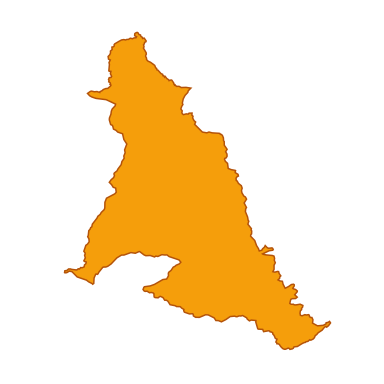 outline of Huamalies, Huánuco, Peru, rotated 267°
{"feature_id": "86281439B96398327811884", "entity_name": "Huamalies", "entity_type": "district", "adm_level": 2, "iso_a3": "PER", "parent_name": "Peru", "parent_adm1": "Huánuco", "projection": "robinson", "projection_center": [-76.611, -9.407], "detail": "fine", "context": "isolated", "style": "filled", "palette": "amber", "viewbox_px": 384, "rotation_deg": 267, "n_neighbors": 0, "source": "geoboundaries", "source_scale": "gbopen_adm2", "svg_char_len": 5947}
<svg xmlns="http://www.w3.org/2000/svg" viewBox="0 0 384 384"><g transform="rotate(267 192 192)"><path d="M63.4,302.1L63.2,299.6L63.6,298.3L62.6,295.4L63.2,293.8L65.3,293.5L67.6,294.0L68.8,295.3L70.1,295.3L71.2,296.4L72.9,296.8L74.3,294.1L73.8,289.7L74.0,288.1L74.6,287.4L74.7,285.1L75.6,283.8L79.6,285.0L80.2,286.5L80.2,289.9L81.5,291.6L84.0,289.2L86.8,291.8L87.6,292.0L89.2,290.4L90.1,288.0L90.6,287.6L92.9,289.2L94.1,289.2L94.6,288.6L94.4,286.4L92.6,283.6L91.0,280.0L95.2,278.1L98.1,277.6L98.6,275.1L99.7,273.3L101.2,275.0L102.6,275.2L103.6,276.3L105.9,274.8L108.0,274.3L108.2,273.1L107.6,270.6L108.2,268.6L110.5,269.9L114.6,270.1L117.0,271.5L119.5,270.6L121.4,271.0L123.7,270.5L124.4,268.9L125.3,262.7L126.0,259.9L126.5,259.2L129.3,266.0L129.6,269.4L130.1,270.1L131.4,269.7L132.0,269.0L131.8,265.4L132.6,264.1L134.7,262.3L133.1,261.4L131.6,259.5L130.2,258.6L129.6,256.1L132.0,255.4L135.0,253.7L140.3,252.1L144.8,248.2L146.3,248.5L147.0,249.3L150.0,249.6L150.9,249.0L152.3,249.4L156.9,246.1L159.9,247.2L160.7,246.6L164.1,246.2L169.6,244.3L172.6,244.8L173.6,245.6L178.3,243.5L182.0,246.1L184.2,245.1L185.3,243.5L188.6,241.8L190.9,241.5L193.2,242.3L195.7,241.6L198.2,238.8L200.6,237.7L201.2,236.8L203.5,236.7L205.0,237.9L205.5,239.2L207.2,238.9L209.1,236.2L210.1,236.2L210.9,236.7L211.3,236.4L212.3,232.3L213.6,229.4L218.7,229.0L220.9,226.9L222.9,226.2L223.8,226.4L224.3,227.9L225.9,228.9L228.1,228.9L230.4,227.7L232.8,229.3L237.0,226.7L240.7,226.8L241.6,226.2L244.4,226.2L246.7,225.4L247.9,224.5L248.1,223.3L248.9,223.0L249.2,222.2L250.0,215.3L251.0,212.1L250.3,209.9L251.3,205.5L259.4,198.2L261.7,199.3L263.1,197.8L265.9,196.5L267.6,197.0L268.7,195.9L270.8,196.2L270.9,193.2L270.0,192.3L270.3,190.3L269.7,187.5L270.6,186.5L271.8,186.0L273.5,186.5L275.5,185.2L278.2,186.3L279.8,187.5L281.3,187.0L285.4,188.1L288.8,190.1L291.6,193.0L293.2,193.5L295.8,196.3L296.8,191.5L296.9,186.7L298.2,184.6L298.3,182.1L299.6,180.8L299.5,180.3L300.2,180.5L300.8,179.4L301.7,179.5L304.6,177.8L305.0,177.0L304.4,174.9L305.2,174.7L306.7,172.7L309.0,171.2L309.0,170.7L308.4,170.5L309.7,169.7L309.7,169.0L311.1,168.8L311.8,167.3L315.4,164.4L315.8,163.4L317.3,163.1L317.9,162.2L320.4,161.4L323.7,157.4L325.0,154.9L326.7,153.5L328.1,153.6L329.8,152.8L330.8,152.9L332.1,153.6L333.5,153.5L338.3,151.0L339.4,151.7L341.6,151.3L342.4,152.1L343.9,152.5L344.5,153.9L345.3,154.1L348.2,152.3L347.9,150.7L349.1,150.5L350.0,149.1L351.5,148.8L352.0,147.3L353.7,146.5L354.3,145.5L353.6,143.7L353.0,143.1L351.1,142.9L349.9,144.8L349.0,144.2L348.9,142.1L348.2,140.7L348.8,138.4L347.7,136.5L347.8,135.0L347.3,133.5L347.8,131.9L347.5,129.5L346.2,126.8L344.0,122.6L343.1,121.9L342.0,122.0L341.2,121.3L340.9,119.6L338.4,119.7L337.0,117.9L335.1,117.9L333.3,117.0L331.7,115.3L329.0,115.6L328.1,117.3L325.6,115.9L323.7,116.2L317.5,115.3L316.9,115.6L316.7,117.3L314.4,116.7L311.7,117.8L310.7,117.2L310.5,115.3L308.6,114.5L307.5,115.0L306.4,114.6L305.4,116.0L304.5,116.2L303.9,115.7L303.0,116.7L302.0,116.1L299.9,113.4L299.8,111.3L299.0,108.8L297.9,107.5L297.0,105.3L296.2,105.1L297.3,102.4L297.2,99.9L298.0,96.9L297.8,95.8L295.9,92.8L293.4,94.9L292.1,97.0L290.5,101.0L288.7,111.1L283.8,120.3L282.1,119.8L279.1,116.7L277.0,115.7L273.9,115.1L270.2,113.4L268.3,113.2L263.6,114.3L262.9,115.7L262.0,116.3L258.9,116.9L257.6,119.3L255.7,121.0L253.8,125.7L248.0,126.7L243.3,129.4L237.6,126.9L234.7,127.3L231.5,125.8L229.2,126.0L226.1,123.6L223.0,122.7L218.8,119.2L217.1,118.3L215.0,115.4L214.1,115.0L212.3,115.4L210.5,114.5L208.5,111.9L206.0,109.9L203.5,112.1L200.8,113.6L199.9,116.0L195.7,116.3L194.2,114.8L190.3,106.3L186.3,104.5L180.8,104.1L179.1,103.5L176.3,100.3L174.4,99.1L172.7,96.7L170.8,95.7L165.1,90.8L162.4,90.1L161.8,89.0L160.1,88.2L158.8,86.9L154.0,86.1L152.8,85.5L150.6,86.6L147.7,86.7L145.4,84.9L144.3,83.2L138.5,80.9L136.6,82.1L135.1,81.9L134.6,81.4L131.8,82.0L128.9,80.4L128.2,81.1L127.8,82.6L127.3,82.7L125.9,82.2L124.8,80.8L122.9,80.4L122.1,78.3L122.4,76.9L121.0,75.6L121.3,74.3L120.6,73.7L120.2,72.5L121.1,67.6L121.5,66.8L121.6,64.7L120.2,62.9L120.0,60.9L118.2,60.5L117.9,60.9L118.0,62.7L119.4,65.4L118.7,68.0L113.2,72.9L109.5,82.0L107.7,84.1L105.6,87.7L105.1,88.0L105.8,89.1L111.2,89.7L114.9,91.5L115.1,92.2L114.7,93.1L115.2,93.9L116.7,94.7L121.4,98.9L121.7,99.9L121.6,102.0L122.2,104.0L124.4,107.5L130.2,113.6L132.7,118.3L132.6,120.8L134.7,127.8L133.8,132.2L135.3,136.1L135.1,136.8L131.7,140.8L130.8,142.6L130.8,146.9L129.1,151.2L129.9,152.6L129.4,154.5L131.0,158.6L130.5,161.6L130.5,163.7L128.7,165.8L124.9,175.4L122.5,177.2L120.9,175.6L119.7,172.3L118.8,171.3L117.9,169.3L114.8,167.0L113.0,164.5L112.0,164.1L109.5,164.1L106.4,162.1L106.1,158.3L101.7,149.7L100.4,145.4L99.9,139.6L99.3,138.9L97.2,138.0L95.7,139.0L95.2,140.0L95.3,141.9L93.6,144.3L93.8,146.1L93.2,148.0L92.6,148.6L89.2,148.7L88.5,149.6L88.1,152.6L89.3,154.3L89.4,155.1L88.0,157.6L85.4,159.0L85.2,160.9L84.2,162.2L80.6,164.2L79.3,169.3L78.4,170.6L78.1,174.3L76.6,175.6L75.1,177.8L73.9,177.5L72.4,178.1L70.4,183.0L70.4,186.3L69.7,186.8L68.2,186.9L66.7,189.0L66.4,192.8L68.7,199.2L68.4,201.8L65.1,207.6L62.4,209.1L62.2,211.6L60.8,214.6L62.8,219.1L65.6,223.6L65.8,228.1L65.2,229.4L65.1,230.5L65.8,232.5L65.6,234.3L66.0,236.1L63.5,240.0L62.2,240.5L60.3,242.6L61.0,244.5L60.3,249.1L58.7,248.9L52.0,250.5L51.6,251.0L51.1,255.4L48.8,256.2L49.4,261.1L49.1,262.2L48.2,262.7L48.1,263.8L47.2,265.2L45.9,265.3L44.4,266.5L41.4,267.6L40.6,269.2L37.8,267.9L37.1,268.7L36.0,268.8L35.8,270.3L35.2,271.2L33.0,272.5L30.9,274.4L30.1,276.0L30.1,277.3L31.1,279.9L30.7,280.9L29.7,281.6L30.1,284.0L30.7,285.0L32.0,285.8L32.2,289.2L34.7,293.7L35.7,296.0L35.8,297.2L36.4,297.8L36.8,300.0L38.3,301.9L37.8,302.9L38.8,305.3L40.1,306.6L42.2,307.6L43.0,309.0L44.8,310.6L47.2,314.7L50.0,317.2L50.7,318.6L50.0,319.4L51.3,321.3L54.0,323.5L55.6,322.6L54.8,321.3L54.4,319.1L53.3,318.9L52.0,316.1L51.8,310.3L54.8,305.5L58.1,306.1L60.4,305.2L60.5,304.0L61.4,302.8L62.7,302.7L63.4,302.1Z" fill="#f59e0b" stroke="#b45309" stroke-width="1.5"/></g></svg>